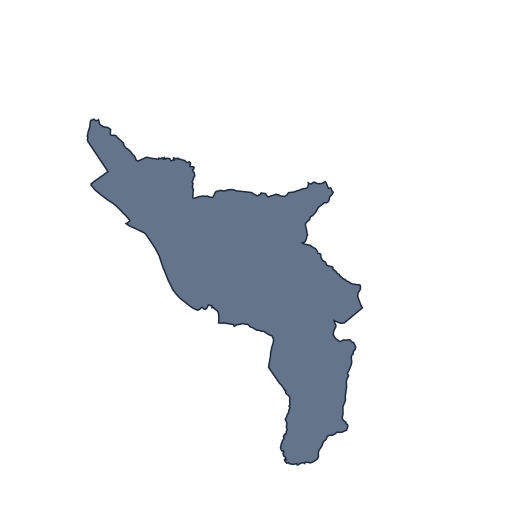 outline of Caluma, Bolivar, Ecuador, rotated 57°
{"feature_id": "8360857B21807845085638", "entity_name": "Caluma", "entity_type": "district", "adm_level": 2, "iso_a3": "ECU", "parent_name": "Ecuador", "parent_adm1": "Bolivar", "projection": "mercator", "projection_center": [-79.193, -1.597], "detail": "fine", "context": "isolated", "style": "filled", "palette": "slate", "viewbox_px": 512, "rotation_deg": 57, "n_neighbors": 0, "source": "geoboundaries", "source_scale": "gbopen_adm2", "svg_char_len": 6136}
<svg xmlns="http://www.w3.org/2000/svg" viewBox="0 0 512 512"><g transform="rotate(57 256 256)"><path d="M158.0,347.4L161.9,345.8L166.5,342.7L175.6,337.2L176.9,336.7L179.3,336.5L194.8,336.3L203.0,337.1L215.3,340.4L218.3,340.8L228.9,342.9L239.4,344.1L245.1,343.6L250.0,342.7L261.3,339.0L265.8,337.1L269.5,334.7L269.9,334.0L270.0,332.2L269.9,331.0L269.4,329.7L269.7,329.2L272.3,328.4L273.2,327.5L272.7,324.9L271.3,323.2L271.4,322.1L271.6,321.8L272.7,321.4L273.4,320.2L274.0,320.2L275.4,321.2L276.2,319.5L277.0,319.8L277.4,319.7L280.8,318.4L282.4,318.3L285.2,319.4L287.8,320.9L291.8,323.8L293.0,322.3L295.0,319.1L301.0,312.4L301.5,312.3L302.7,312.6L303.2,312.4L303.2,309.6L304.8,306.3L305.0,304.8L305.5,304.0L308.9,300.2L310.7,299.6L312.2,299.5L314.7,297.6L318.4,296.0L320.2,293.7L322.0,292.5L323.5,290.4L328.8,288.2L331.7,286.1L333.6,286.3L335.6,286.8L336.4,287.3L338.4,289.1L341.4,292.9L342.3,293.4L344.1,295.6L345.3,296.3L345.5,296.9L347.4,298.0L355.8,305.8L356.4,306.1L375.5,305.6L378.3,305.0L382.6,305.0L384.0,304.6L384.4,305.2L385.8,304.7L387.1,305.7L387.8,305.7L391.3,304.6L393.2,304.7L396.4,307.1L398.8,308.1L399.9,310.1L400.6,310.2L401.6,309.9L402.0,310.2L402.1,310.8L404.0,313.3L405.3,314.2L405.9,315.9L407.9,318.5L408.7,320.2L409.4,320.6L412.1,320.9L413.2,321.4L416.3,323.9L418.6,324.3L419.4,325.8L421.6,327.6L421.7,328.1L421.2,328.2L421.1,328.5L422.0,331.1L422.6,331.5L423.9,331.2L424.1,331.4L425.4,334.5L426.3,335.4L427.0,336.7L430.2,340.0L433.1,340.5L433.9,340.3L434.0,339.3L435.2,339.6L435.7,339.5L436.2,340.8L436.7,341.1L437.7,341.1L438.2,341.5L438.9,341.7L440.5,340.9L441.8,341.4L443.2,341.4L443.2,341.6L442.9,341.6L442.2,342.8L442.6,343.3L443.8,343.4L446.4,343.2L447.1,341.3L448.2,341.3L450.6,338.8L451.6,337.0L452.2,335.0L453.7,335.3L454.0,334.9L454.2,333.4L454.0,332.6L454.6,329.8L455.3,328.9L456.6,328.2L455.8,327.3L455.8,327.0L457.7,324.4L459.1,323.3L459.6,320.9L459.8,316.3L459.4,314.6L458.2,312.8L455.1,311.0L453.3,309.0L451.4,304.5L448.5,300.6L448.3,300.1L448.2,297.4L446.1,294.3L446.3,292.4L448.1,289.3L448.1,287.1L448.3,286.4L447.8,284.0L449.6,281.7L450.7,279.5L451.0,276.9L451.5,275.0L451.1,274.7L449.8,272.8L448.9,271.8L447.9,271.2L447.0,271.1L446.1,271.7L445.6,271.8L444.3,271.1L442.6,271.9L441.2,272.2L439.2,272.1L438.2,271.4L436.2,269.3L430.3,265.6L429.6,265.0L426.5,260.5L425.6,259.6L424.3,258.6L422.3,257.6L414.9,251.1L410.4,248.6L408.1,245.8L406.9,243.6L406.3,243.3L404.6,243.4L404.0,243.1L402.7,240.5L398.8,235.0L397.1,233.4L393.6,231.7L392.1,230.6L391.3,229.4L391.1,227.6L389.2,226.6L388.5,223.9L387.1,222.4L386.2,221.8L381.8,221.3L380.0,222.5L377.2,223.0L376.7,223.7L376.1,225.5L374.0,228.5L373.8,231.4L373.3,232.3L373.0,232.6L370.9,233.1L369.0,234.2L364.8,234.2L363.8,233.8L362.2,232.6L360.8,231.1L358.8,227.5L357.5,226.7L354.5,226.3L352.7,225.7L358.3,221.9L359.4,220.1L360.2,218.2L357.4,194.9L354.7,194.9L347.1,193.2L345.2,192.6L342.7,190.7L340.8,186.7L339.8,185.8L337.5,184.5L336.2,185.1L335.1,187.0L333.3,188.6L332.2,190.3L330.5,191.3L327.7,192.5L326.3,193.8L324.4,193.9L323.9,194.5L322.6,195.2L319.4,196.2L318.3,196.4L316.8,196.2L314.8,197.4L313.0,197.3L311.6,197.7L310.3,198.1L309.4,198.8L308.9,198.7L307.7,197.8L306.8,197.8L302.8,201.4L301.2,201.6L299.6,201.2L298.4,201.3L296.0,202.7L292.4,202.2L290.4,201.0L289.8,200.8L288.8,201.1L287.5,202.6L285.3,202.0L282.1,202.1L280.0,203.5L276.4,204.8L273.3,208.1L271.4,209.6L270.2,210.1L270.8,207.8L270.7,206.8L269.3,204.7L266.9,202.3L266.4,201.2L264.8,200.9L263.1,199.9L257.1,197.8L255.8,196.7L255.4,195.8L255.0,194.1L254.8,191.4L252.7,189.0L253.0,186.4L251.6,181.5L249.5,177.9L249.2,177.1L248.8,171.4L248.4,170.1L248.6,169.4L249.7,168.2L249.9,166.5L249.5,165.5L249.0,164.4L246.4,161.7L245.7,158.5L244.6,156.5L242.8,156.8L239.9,156.2L239.3,156.5L238.9,158.2L238.3,158.3L232.3,157.3L231.2,157.4L231.2,159.6L230.7,162.2L228.7,165.1L225.7,166.9L225.4,167.8L225.6,170.5L225.3,171.0L224.4,171.8L223.1,172.3L224.2,172.8L225.5,174.1L226.3,175.0L226.7,176.1L226.5,177.0L224.9,180.7L224.5,183.5L223.6,186.1L223.0,189.3L220.7,193.9L220.7,194.6L221.6,196.7L221.7,198.9L221.4,199.8L218.5,203.2L216.8,203.7L216.3,204.1L216.3,205.0L216.0,205.3L215.3,205.3L215.0,205.7L214.6,208.1L213.6,211.0L213.6,212.4L212.7,213.8L212.0,214.0L208.6,214.2L207.0,216.3L205.9,217.2L206.7,218.7L206.3,221.7L205.6,222.6L201.9,224.6L200.4,225.1L192.5,234.6L191.7,235.9L190.4,237.3L188.9,238.2L187.4,239.5L187.0,240.3L185.1,243.5L184.7,245.9L184.1,247.3L183.6,248.1L181.4,250.2L181.3,251.4L180.3,253.6L180.2,254.7L180.6,255.7L183.3,260.2L182.8,261.1L181.3,262.8L179.1,264.2L178.4,266.1L177.0,267.4L175.1,271.7L173.9,276.5L173.5,277.0L172.9,277.2L171.6,276.7L170.4,275.4L168.3,274.4L166.4,272.3L163.9,272.1L163.1,271.1L161.9,270.6L160.9,269.2L159.6,269.5L159.2,269.3L157.0,266.2L156.3,265.7L155.7,264.0L155.4,263.7L152.8,262.5L149.9,262.6L149.3,262.4L149.1,260.8L148.3,259.7L147.2,259.8L146.4,260.7L145.2,262.4L144.7,262.6L142.6,260.3L141.2,260.4L140.7,260.7L140.5,262.2L139.8,263.0L136.8,264.0L135.4,265.4L133.7,266.7L132.7,268.0L132.3,268.2L132.1,267.9L131.3,268.3L130.9,270.0L130.1,270.7L130.2,271.2L129.1,271.3L128.8,271.5L129.2,272.1L130.5,272.1L131.0,272.3L130.2,273.6L130.0,275.3L129.4,275.5L127.6,275.4L127.0,275.6L125.5,277.4L125.5,278.5L125.3,279.3L123.8,279.0L123.4,279.1L123.5,279.7L124.5,280.7L124.4,281.0L122.9,281.1L122.4,281.4L122.4,283.1L120.9,284.3L121.7,285.2L116.6,291.0L113.6,293.8L112.1,303.5L110.6,304.1L109.5,304.2L107.7,303.6L105.3,303.6L104.4,304.1L100.3,304.3L96.0,305.4L94.7,306.3L91.7,306.5L89.3,305.8L88.2,305.8L81.0,307.8L78.9,307.9L77.3,309.3L76.7,310.7L75.6,311.9L74.9,311.9L73.8,311.4L71.0,309.2L70.5,309.0L67.4,310.4L64.6,313.5L61.5,315.1L59.3,315.2L57.5,314.3L56.0,313.9L56.1,314.2L55.4,316.4L55.1,316.8L52.9,317.5L52.7,317.9L52.8,319.7L52.2,320.4L53.1,321.8L57.2,325.1L59.6,328.2L63.7,332.3L64.9,332.3L66.3,333.9L68.5,334.6L104.5,334.2L105.1,342.8L104.9,344.2L105.2,345.7L105.2,350.2L105.5,351.6L105.5,354.6L105.9,355.2L107.0,355.8L109.2,355.2L110.0,355.4L113.4,354.9L120.9,352.5L128.4,349.8L133.2,347.6L137.7,346.0L151.4,343.2L156.9,342.4L157.6,342.5L158.0,343.3L158.2,345.4L158.0,347.4Z" fill="#64748b" stroke="#1e293b" stroke-width="1.5"/></g></svg>